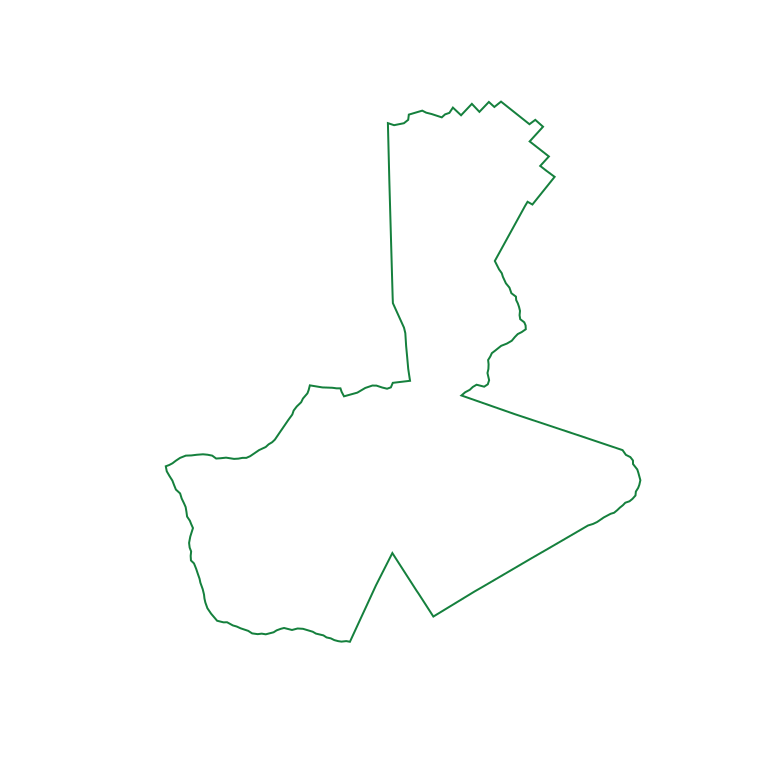 Castanhal, Pará, Brazil, rotated 242°
{"feature_id": "56859067B13646030558051", "entity_name": "Castanhal", "entity_type": "district", "adm_level": 2, "iso_a3": "BRA", "parent_name": "Brazil", "parent_adm1": "Pará", "projection": "orthographic", "projection_center": [-47.869, -1.265], "detail": "fine", "context": "isolated", "style": "outline", "palette": "green", "viewbox_px": 768, "rotation_deg": 242, "n_neighbors": 0, "source": "geoboundaries", "source_scale": "gbopen_adm2", "svg_char_len": 2878}
<svg xmlns="http://www.w3.org/2000/svg" viewBox="0 0 768 768"><g transform="rotate(242 384 384)"><path d="M413.8,152.7L408.9,151.2L403.4,151.4L398.0,151.8L393.3,151.2L388.5,150.7L383.1,152.6L377.9,151.6L372.6,151.4L368.5,151.1L363.7,149.5L359.4,147.9L354.4,148.4L351.0,148.0L346.5,147.7L340.2,141.3L335.2,137.3L330.8,135.6L326.7,135.1L323.0,132.6L318.8,130.7L314.8,132.0L309.1,131.4L303.8,130.5L298.6,129.7L294.8,128.6L287.9,127.6L282.5,126.2L279.0,124.8L275.0,123.7L268.9,122.8L262.4,123.5L253.3,125.5L248.9,130.4L247.3,133.6L241.8,137.2L239.0,140.1L235.6,142.7L229.8,148.2L225.7,150.5L222.4,155.1L221.0,158.8L218.5,162.1L216.6,170.0L216.9,173.5L216.3,177.9L215.5,181.2L210.0,187.3L208.7,192.9L205.9,197.5L198.7,204.8L195.6,206.7L190.5,212.5L187.2,214.3L184.4,217.6L181.2,219.9L178.5,222.8L176.5,225.5L174.7,230.0L172.4,232.9L190.1,256.2L193.8,261.1L196.3,264.4L210.0,282.4L230.8,312.0L186.3,315.7L182.8,316.1L155.5,318.4L157.6,354.5L158.3,366.7L158.6,376.1L160.9,432.6L161.7,455.9L163.3,497.7L162.3,502.9L162.1,507.4L163.0,515.4L163.0,523.2L162.3,526.7L163.1,530.7L164.1,534.2L164.8,538.0L165.9,541.3L165.2,545.7L165.9,549.4L167.5,553.7L170.8,555.9L172.9,559.6L175.1,562.1L178.7,565.2L186.2,566.9L189.6,567.5L196.4,566.3L199.6,567.9L203.8,567.2L207.9,564.3L213.6,563.6L241.4,537.3L296.1,485.2L337.5,447.0L338.6,451.8L338.6,457.0L339.7,461.0L339.9,465.4L334.6,471.2L335.0,475.5L338.0,478.6L345.1,480.5L348.2,483.2L352.3,485.6L356.3,487.2L358.4,490.8L360.6,493.7L361.3,497.9L362.0,501.6L362.7,505.4L362.0,511.4L362.2,517.1L364.0,521.5L365.3,525.5L365.2,529.9L365.8,534.9L369.2,536.5L372.6,536.8L377.3,534.7L381.1,536.0L384.7,538.4L388.6,539.4L392.4,540.0L396.0,540.1L399.2,541.5L404.3,539.1L410.2,540.0L415.7,538.9L422.9,539.3L426.5,540.0L431.2,539.4L440.6,539.6L474.9,592.0L477.5,596.3L472.8,599.3L486.8,631.9L496.0,627.5L503.2,624.3L507.5,636.4L529.8,626.5L536.5,645.2L546.2,641.6L545.1,634.4L578.4,619.9L576.8,611.5L583.8,609.0L579.5,596.0L590.1,593.1L585.1,578.2L595.7,574.6L592.7,569.0L593.4,564.5L592.3,560.2L600.0,552.8L603.8,548.6L607.4,546.1L610.2,532.4L605.9,529.4L604.9,524.0L607.8,514.4L612.5,509.9L559.9,483.6L456.4,432.3L451.2,429.8L424.3,428.1L418.9,426.7L407.2,421.4L396.9,417.1L386.0,412.5L379.8,410.3L374.6,408.5L380.9,392.3L377.8,388.5L378.4,384.5L381.8,380.7L386.1,376.6L388.1,373.0L389.3,365.6L388.9,356.4L391.9,342.9L397.0,342.9L400.6,343.5L402.5,340.0L404.8,336.8L407.2,332.7L409.9,328.0L417.6,317.9L414.0,314.6L411.7,312.0L409.2,305.6L406.8,302.3L405.1,296.4L403.0,291.8L400.1,288.7L397.3,282.9L390.1,269.1L386.1,261.5L385.1,257.9L384.9,253.8L383.9,250.0L384.3,242.8L383.1,231.9L383.4,227.8L385.2,224.4L386.5,220.3L388.3,216.4L393.1,210.0L395.2,204.8L397.0,200.8L401.4,198.7L404.4,195.0L406.9,191.2L409.4,185.5L411.4,180.3L413.8,175.4L414.5,169.3L414.0,164.2L413.3,160.1L413.3,156.3L413.8,152.7Z" fill="none" stroke="#15803d" stroke-width="2"/></g></svg>